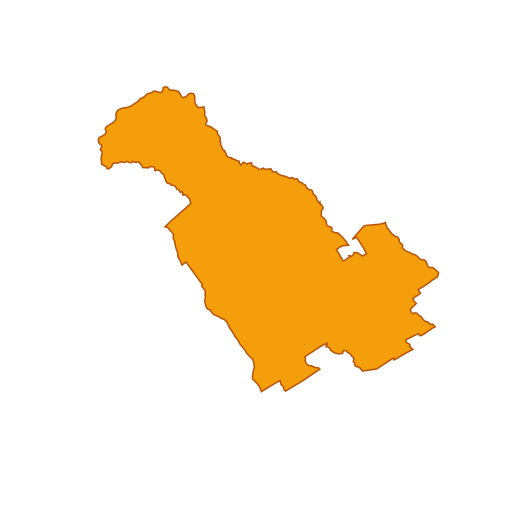 the district of Juja, Central, Kenya, rotated 205°
{"feature_id": "3690345B85267649800384", "entity_name": "Juja", "entity_type": "district", "adm_level": 2, "iso_a3": "KEN", "parent_name": "Kenya", "parent_adm1": "Central", "projection": "orthographic", "projection_center": [37.028, -1.103], "detail": "fine", "context": "isolated", "style": "filled", "palette": "amber", "viewbox_px": 512, "rotation_deg": 205, "n_neighbors": 0, "source": "geoboundaries", "source_scale": "gbopen_adm2", "svg_char_len": 6097}
<svg xmlns="http://www.w3.org/2000/svg" viewBox="0 0 512 512"><g transform="rotate(205 256 256)"><path d="M160.9,162.7L150.3,180.4L151.6,181.0L153.9,180.5L155.0,179.8L159.4,180.0L160.3,179.4L161.8,179.1L163.8,179.4L165.2,180.0L167.1,181.8L167.9,184.1L169.2,185.2L159.3,201.3L154.8,207.0L154.1,206.1L154.4,205.1L154.3,203.5L151.8,204.0L150.9,203.9L148.2,201.9L146.9,201.9L144.6,201.3L140.3,202.1L139.2,202.5L138.4,203.2L136.5,203.9L136.5,205.6L136.8,207.1L133.9,208.3L132.8,207.6L131.4,207.2L129.7,207.2L128.1,206.6L127.2,205.8L125.0,205.2L123.8,204.3L123.5,202.3L122.9,201.1L121.6,200.7L120.5,199.7L120.2,198.8L119.5,198.1L117.8,198.2L116.6,198.7L114.0,198.2L110.8,196.7L98.8,204.7L89.0,220.6L87.8,221.6L87.1,220.2L86.3,220.8L81.4,228.1L74.4,237.8L75.8,237.8L76.9,238.7L78.7,239.1L78.9,240.5L80.0,241.1L81.1,240.9L82.9,241.2L83.6,241.7L84.8,243.1L84.4,244.0L81.3,247.6L79.7,249.8L76.0,254.3L74.9,253.5L73.4,253.1L72.2,254.3L70.6,256.6L65.4,265.4L63.7,267.4L66.2,268.6L67.4,268.8L69.4,267.4L70.3,268.3L71.7,268.7L72.9,268.8L74.6,268.2L77.9,269.2L80.7,270.9L84.6,271.3L86.0,272.1L87.6,271.8L88.5,271.2L89.1,270.2L90.8,270.3L92.5,271.6L93.6,272.9L90.6,280.8L93.7,281.9L95.9,283.7L92.1,290.0L91.2,291.9L94.9,294.1L89.6,301.8L86.2,308.2L83.2,312.9L82.8,313.7L83.1,317.2L83.8,318.2L89.8,320.1L91.4,320.1L93.2,319.1L94.7,319.0L96.3,319.6L98.5,321.9L99.7,322.9L101.2,323.6L102.3,323.4L103.4,322.8L106.5,322.6L109.3,323.8L110.8,324.2L112.4,324.3L115.6,323.9L117.8,324.1L121.8,323.9L124.7,324.6L126.7,325.3L127.4,327.1L128.0,328.0L129.4,328.7L131.8,329.1L132.8,330.4L133.1,331.5L134.0,331.9L135.3,332.9L136.3,333.0L138.7,332.7L140.0,332.9L143.0,333.9L147.0,336.1L149.6,337.3L152.9,341.1L154.4,339.4L157.8,336.8L169.4,330.1L170.3,329.5L171.0,328.4L175.8,311.8L172.6,315.4L162.5,309.1L156.8,304.8L159.5,300.8L160.6,301.3L163.9,301.4L165.3,302.0L168.0,300.9L168.8,300.0L168.3,298.8L168.6,297.4L169.4,295.7L170.7,296.2L171.9,295.5L170.9,294.7L171.7,293.0L174.0,289.3L175.2,288.4L185.8,295.9L182.6,301.3L176.6,305.0L178.2,305.6L181.2,307.8L182.2,308.0L184.8,309.3L190.8,311.3L192.1,311.4L193.5,310.8L195.1,310.4L197.3,310.5L198.4,311.1L198.7,312.9L199.7,313.8L202.4,313.7L203.4,313.4L205.5,314.3L206.1,315.6L207.3,317.3L208.2,317.9L209.3,318.1L210.0,318.9L212.9,319.4L214.0,320.1L214.4,321.9L215.0,322.6L215.2,323.5L215.9,324.2L215.8,325.6L215.2,327.0L215.7,328.3L217.9,329.9L219.3,329.9L221.0,332.1L221.3,330.9L223.6,332.0L224.7,332.7L226.2,334.9L227.7,335.6L230.3,336.5L232.4,338.7L233.3,339.2L234.4,339.1L235.2,338.5L236.2,338.2L237.3,338.9L239.8,339.4L240.3,340.4L241.0,341.2L244.0,341.2L245.4,341.7L246.5,341.8L247.9,341.3L249.1,341.8L250.0,342.8L251.3,343.4L253.6,342.0L254.9,342.0L255.7,342.5L256.6,342.4L258.2,340.7L261.3,340.6L262.3,340.8L266.5,339.8L270.8,339.7L273.3,340.9L275.4,339.5L276.5,339.6L278.6,340.6L279.4,341.3L280.5,341.0L281.8,339.5L284.4,338.7L285.3,338.2L286.3,338.8L287.1,338.2L288.5,336.5L289.4,335.9L293.1,336.4L294.5,336.3L295.6,336.6L297.4,335.9L298.6,336.8L298.8,337.8L299.3,338.6L301.6,337.2L302.9,335.5L304.2,335.7L307.0,335.7L307.6,334.1L308.0,332.1L309.4,332.6L310.6,333.5L311.1,334.7L312.1,334.5L313.4,334.6L314.5,334.2L315.6,334.6L317.3,334.5L318.5,333.7L319.4,334.7L322.1,333.9L323.3,334.0L324.6,334.4L326.0,335.1L326.4,336.3L328.6,337.4L328.8,338.4L330.0,337.9L331.2,338.4L331.9,339.1L333.3,340.8L335.6,342.2L335.8,343.9L337.6,345.3L337.9,347.3L338.6,348.2L341.4,349.7L342.5,350.6L343.9,352.6L351.5,353.9L352.7,354.0L356.2,353.4L357.0,353.8L357.5,355.0L357.3,356.4L357.4,357.8L359.3,360.1L361.2,361.1L361.9,361.9L363.6,365.5L365.1,367.0L365.7,368.9L367.0,368.8L368.1,367.7L371.2,366.1L372.3,366.6L375.0,368.2L376.4,369.4L379.0,374.7L379.8,375.8L381.4,376.6L383.8,376.0L384.8,375.2L385.8,373.6L386.5,371.3L389.1,368.6L390.5,368.8L395.3,372.2L396.3,372.3L400.8,371.5L403.9,370.1L405.5,370.3L407.5,371.5L408.8,371.4L411.3,369.7L410.5,366.2L410.7,364.9L411.4,364.1L412.7,363.4L416.6,363.0L417.6,362.7L419.8,359.9L422.8,357.1L423.7,355.6L424.5,353.1L425.2,352.2L427.4,349.7L428.2,346.7L428.8,345.4L432.9,338.8L435.7,336.1L439.2,333.8L440.8,332.4L442.3,330.5L442.8,329.6L443.1,328.2L443.0,326.3L442.9,325.1L441.4,322.8L441.1,321.6L440.8,320.0L441.0,318.2L441.9,316.6L446.0,310.3L446.5,308.6L446.3,307.4L444.2,305.3L444.0,303.1L446.1,299.6L448.2,297.0L448.3,295.8L447.3,293.4L445.6,291.6L442.7,291.1L442.1,290.3L442.0,286.7L441.1,286.1L440.0,285.8L439.1,284.7L437.8,279.6L437.2,278.2L434.6,273.9L433.6,274.0L432.5,273.6L429.7,273.8L427.9,272.3L426.7,272.5L425.0,275.0L424.6,276.4L424.9,278.2L424.5,279.7L422.8,280.8L420.6,281.8L419.8,282.7L417.6,284.6L414.7,285.2L412.9,287.2L410.2,287.2L408.9,287.7L408.1,288.4L407.9,289.5L405.3,289.9L402.3,291.4L401.1,291.5L400.0,290.6L398.2,290.1L396.1,288.5L395.0,288.5L393.1,289.7L391.7,289.9L390.9,290.4L389.7,292.2L387.4,293.3L386.1,293.5L385.2,293.1L384.1,291.0L383.3,290.6L381.9,292.4L378.8,292.6L376.7,291.3L373.8,290.8L372.8,289.3L372.0,288.4L370.8,287.6L369.5,285.9L366.7,284.4L364.2,285.3L363.3,284.4L360.2,285.2L358.7,285.1L355.8,283.1L354.6,283.3L353.4,283.0L351.4,281.6L350.3,283.2L348.8,282.3L348.7,281.1L347.9,280.3L345.8,281.7L344.5,281.4L340.3,279.5L339.6,278.9L338.4,277.3L337.3,276.4L339.1,271.7L347.9,251.7L350.8,244.0L349.0,244.4L347.9,244.4L341.7,241.7L339.4,240.0L339.4,238.6L338.6,238.0L337.8,236.1L335.5,234.8L335.0,233.2L330.9,228.2L328.7,226.3L326.6,222.6L325.8,221.8L322.1,219.2L319.2,216.4L316.9,221.0L292.3,207.3L292.7,206.0L287.8,203.3L286.7,202.1L286.0,199.7L284.8,197.9L284.2,196.6L283.9,195.1L283.1,192.9L280.6,189.8L279.3,188.5L277.8,187.7L276.6,187.4L275.1,187.7L273.7,187.1L272.3,186.1L269.9,185.2L262.5,185.1L260.4,184.7L257.7,185.2L256.5,184.4L255.2,184.2L254.2,183.7L249.8,179.9L244.1,176.5L240.7,173.9L236.6,172.0L233.3,169.4L226.6,166.2L223.5,164.1L220.8,162.8L215.5,160.9L214.4,160.0L213.2,158.7L210.4,154.3L209.8,150.2L208.4,145.6L207.2,143.2L206.1,142.7L205.0,142.7L204.3,141.9L201.4,141.0L198.9,139.8L197.6,139.0L193.7,135.4L185.2,148.3L181.6,153.2L178.9,150.0L176.7,149.4L175.6,148.7L174.7,147.4L173.4,146.4L172.2,146.0L160.9,162.7Z" fill="#f59e0b" stroke="#b45309" stroke-width="1.5"/></g></svg>